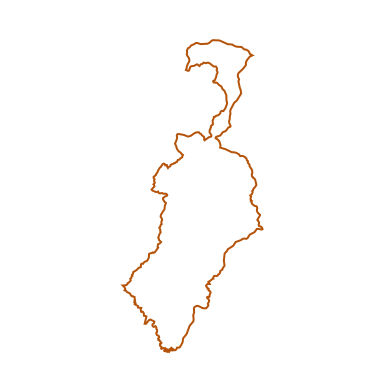 Condoto, Chocó, Colombia (Mercator projection), rotated 302°
{"feature_id": "7082276B80062952170187", "entity_name": "Condoto", "entity_type": "district", "adm_level": 2, "iso_a3": "COL", "parent_name": "Colombia", "parent_adm1": "Chocó", "projection": "mercator", "projection_center": [-76.519, 5.096], "detail": "fine", "context": "isolated", "style": "outline", "palette": "amber", "viewbox_px": 384, "rotation_deg": 302, "n_neighbors": 0, "source": "geoboundaries", "source_scale": "gbopen_adm2", "svg_char_len": 6035}
<svg xmlns="http://www.w3.org/2000/svg" viewBox="0 0 384 384"><g transform="rotate(302 192 192)"><path d="M235.5,239.5L236.5,237.9L236.4,236.3L237.0,235.4L237.0,234.7L238.7,233.3L239.9,233.2L242.4,231.4L244.4,227.1L245.7,226.3L246.4,223.9L247.8,223.1L247.9,221.9L249.4,220.2L249.4,219.3L249.7,219.0L249.5,216.0L248.0,213.8L248.9,211.5L248.5,207.9L246.8,204.4L246.1,198.0L244.6,192.3L246.8,191.4L249.6,188.1L250.2,185.6L250.1,183.6L250.5,183.3L251.6,183.3L255.0,186.1L258.9,186.4L261.6,188.3L266.1,188.7L267.7,189.9L268.5,189.7L270.2,187.1L271.7,185.9L273.5,185.5L276.6,183.8L278.5,183.3L280.7,181.6L282.1,181.1L289.9,180.5L293.2,181.5L301.5,181.5L304.5,179.0L305.9,177.1L310.5,172.7L312.4,172.3L314.2,169.7L316.0,168.6L317.9,168.5L323.1,169.9L327.1,170.4L328.4,170.4L330.0,169.3L331.9,168.8L333.8,168.8L337.6,169.3L339.9,170.9L339.8,168.1L341.5,165.2L341.5,162.5L340.6,160.9L341.2,157.1L338.9,152.9L338.4,150.9L338.3,147.7L336.3,144.0L335.1,135.0L331.8,129.2L330.6,128.5L327.6,127.6L325.9,126.5L322.0,120.9L321.1,117.4L320.4,116.3L318.5,115.5L315.8,113.6L313.2,113.3L312.1,112.5L309.5,112.6L307.2,114.3L306.0,114.6L305.2,115.6L303.7,118.8L301.7,120.4L297.7,120.7L295.1,121.3L293.7,122.0L292.3,122.1L292.6,124.4L293.5,125.1L296.9,124.3L297.9,124.4L300.4,127.2L301.9,127.8L303.0,128.7L302.8,131.6L304.8,131.7L306.2,132.9L307.9,133.3L308.5,135.4L310.2,137.0L310.5,139.0L309.9,143.8L311.1,145.8L310.2,147.6L308.2,148.5L307.5,149.8L306.7,150.4L304.6,150.6L302.4,151.5L299.0,152.1L297.5,151.2L296.8,151.5L296.4,152.4L296.9,152.8L297.0,153.7L297.7,154.7L297.8,155.5L297.1,158.1L297.1,160.9L295.4,163.4L295.1,165.7L292.4,169.7L287.5,173.0L286.5,174.3L284.9,175.1L280.5,175.9L277.2,175.7L276.4,174.0L274.8,173.8L273.5,174.3L271.1,173.6L269.4,172.1L268.2,171.8L267.4,170.8L267.0,171.1L263.4,171.7L260.5,173.9L257.9,173.1L256.7,173.9L255.7,173.8L254.7,174.4L253.7,174.2L251.9,175.3L250.6,178.1L249.8,178.8L249.0,178.8L247.6,177.4L242.5,175.3L242.8,174.5L244.0,174.0L245.1,172.9L245.4,170.1L246.0,168.8L245.8,167.5L246.3,166.2L245.0,164.2L242.5,162.6L239.0,161.2L236.9,159.3L236.1,154.9L234.2,150.1L233.3,149.0L232.7,149.0L231.5,149.3L230.7,150.3L230.1,150.6L227.7,151.4L224.0,152.0L222.2,154.7L220.8,156.1L219.9,157.9L219.4,159.5L219.4,161.4L218.6,163.3L218.6,164.7L217.6,164.7L216.3,165.3L214.5,164.4L212.4,163.9L211.6,163.0L209.6,163.3L209.2,162.8L207.5,162.3L207.2,161.6L206.0,161.2L203.8,159.5L202.2,159.9L201.1,159.0L199.6,158.9L200.7,157.0L201.5,156.4L200.4,155.1L201.2,154.3L201.2,153.6L201.0,152.9L200.4,152.4L198.3,152.2L197.2,152.4L195.2,151.8L193.5,151.8L189.2,152.3L187.7,152.0L187.0,152.4L184.6,151.4L183.6,152.0L182.9,153.6L181.3,153.9L180.1,155.6L178.0,155.3L177.8,156.2L176.9,157.2L172.7,156.4L172.3,157.7L172.7,160.6L173.1,162.0L174.4,163.0L173.6,164.2L173.6,164.8L173.9,165.7L175.2,167.0L175.4,168.7L176.7,170.7L176.7,171.9L176.2,172.7L175.6,172.7L174.1,171.6L171.4,170.6L170.4,171.4L169.1,173.9L169.0,175.5L168.4,175.9L165.8,176.3L162.9,177.8L156.6,177.7L155.2,178.1L154.3,178.6L153.3,180.8L152.1,181.7L151.1,181.6L149.6,182.3L148.7,183.3L147.6,182.9L145.5,183.4L144.4,183.2L143.3,185.0L141.9,185.9L141.4,186.7L138.6,186.8L135.3,187.6L134.9,188.5L133.8,189.5L133.2,192.3L131.5,192.0L129.8,190.9L127.2,191.9L126.9,192.8L121.1,192.4L120.1,191.7L120.1,190.8L119.1,190.4L117.7,188.9L116.7,188.4L113.2,190.3L109.9,190.4L107.5,188.8L106.0,188.4L105.3,188.6L104.3,187.1L103.3,187.2L101.1,188.4L99.7,187.1L96.3,186.3L92.9,184.6L91.4,185.3L90.0,185.0L89.4,185.9L88.5,185.5L87.4,186.1L85.7,185.6L84.7,186.8L83.9,186.9L81.4,186.3L80.5,185.7L79.4,186.1L77.7,185.1L76.0,182.8L75.4,185.3L74.7,186.4L74.1,186.9L72.9,186.9L73.3,188.5L72.7,189.7L73.1,192.9L71.9,195.2L71.8,196.4L72.3,196.9L72.1,197.7L72.5,199.0L70.9,200.0L70.4,200.8L69.5,200.8L69.2,201.5L68.7,201.2L67.9,201.5L68.1,202.2L67.7,203.1L66.8,202.7L66.4,202.9L66.7,206.5L65.4,207.4L66.8,210.4L65.2,210.7L63.5,212.3L63.5,212.7L64.3,213.5L64.3,214.1L63.7,215.3L61.6,216.9L62.3,218.5L62.3,219.3L55.2,221.7L55.9,222.8L60.5,223.4L61.8,224.3L62.2,228.7L60.4,229.3L58.8,228.6L57.8,229.2L57.2,230.7L57.6,231.3L58.9,232.1L58.5,233.3L57.2,234.2L56.5,235.4L55.6,236.1L54.4,236.6L53.8,236.3L52.6,237.2L52.1,238.3L52.3,239.8L52.0,240.7L51.3,241.2L49.6,241.0L49.4,241.6L48.7,242.0L49.1,242.8L48.6,243.4L48.6,244.4L47.9,245.1L47.8,246.1L46.8,246.0L46.1,245.4L44.6,246.5L44.4,248.3L42.9,248.8L42.9,249.3L44.6,250.5L44.8,251.7L45.4,252.1L44.9,252.9L45.2,253.7L44.4,253.6L43.2,252.4L42.6,252.5L42.5,253.0L42.7,253.5L45.3,255.1L44.9,255.7L43.7,255.2L43.3,255.3L43.4,255.9L44.2,256.3L44.2,257.3L45.9,257.3L46.9,256.4L47.8,257.0L48.9,257.0L48.8,258.0L46.9,258.4L47.3,259.5L48.5,259.0L48.8,259.5L48.5,260.8L49.0,261.7L50.2,262.1L52.1,261.8L53.3,263.6L54.1,264.0L59.4,263.7L63.3,262.0L68.7,262.7L77.3,260.9L83.0,261.7L85.0,260.8L88.2,258.3L90.8,257.7L94.5,255.2L96.1,255.2L97.8,256.3L98.7,257.6L99.1,262.3L100.0,264.4L101.1,265.7L103.7,266.0L104.6,265.9L105.6,264.7L108.0,264.5L109.1,264.0L109.6,263.4L110.2,261.0L110.7,260.6L111.2,260.6L111.9,262.0L112.6,262.3L113.6,261.6L116.7,261.0L117.4,259.9L117.4,258.2L118.6,257.6L118.3,256.3L119.0,256.0L119.4,254.2L120.2,253.5L122.4,254.0L123.4,255.8L123.9,255.1L123.9,254.0L124.6,253.5L126.2,254.5L129.2,255.4L129.9,256.1L130.8,255.3L132.3,255.2L133.4,256.4L133.6,257.1L134.7,258.1L135.8,257.9L137.0,258.6L138.8,258.5L139.9,257.8L142.3,258.9L143.0,258.5L146.8,258.6L150.8,255.3L156.9,252.4L158.3,252.4L159.9,252.9L162.4,252.7L168.3,255.5L172.7,255.5L177.1,259.0L179.0,259.7L180.0,260.7L181.1,262.9L182.2,263.5L186.6,263.6L191.1,266.3L195.0,266.6L196.1,268.1L196.9,270.8L197.8,271.5L198.9,270.4L199.1,268.4L198.7,266.9L199.2,266.1L201.6,265.1L202.3,264.1L202.9,262.2L208.4,262.0L208.8,261.7L209.1,259.2L210.1,257.4L211.0,256.6L212.8,255.9L213.9,254.8L214.0,254.0L213.4,252.6L213.8,249.2L214.6,248.0L215.2,247.9L215.4,247.0L216.0,247.2L215.9,246.7L216.4,246.5L216.4,245.8L218.0,244.9L219.3,244.7L219.8,243.3L222.5,243.9L224.0,243.5L224.6,242.6L225.7,242.9L227.0,242.4L230.2,242.9L232.2,242.8L235.5,239.5Z" fill="none" stroke="#b45309" stroke-width="2"/></g></svg>